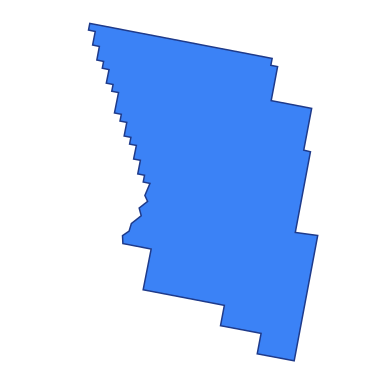 the district of Treasure, Montana, United States of America, rotated 11°
{"feature_id": "52423323B86233996711525", "entity_name": "Treasure", "entity_type": "district", "adm_level": 2, "iso_a3": "USA", "parent_name": "United States of America", "parent_adm1": "Montana", "projection": "orthographic", "projection_center": [-107.432, 46.176], "detail": "fine", "context": "isolated", "style": "filled", "palette": "blue", "viewbox_px": 384, "rotation_deg": 11, "n_neighbors": 0, "source": "geoboundaries", "source_scale": "gbopen_adm2", "svg_char_len": 778}
<svg xmlns="http://www.w3.org/2000/svg" viewBox="0 0 384 384"><g transform="rotate(11 192 192)"><path d="M59.5,46.0L59.5,52.8L66.4,52.9L66.4,66.7L73.3,66.8L73.4,80.6L80.3,80.7L80.3,87.6L87.2,87.7L87.1,101.5L94.0,101.5L94.0,108.4L100.9,108.4L100.8,129.2L107.8,129.2L107.8,136.1L114.7,136.1L114.7,150.0L121.6,150.0L121.6,156.9L128.5,156.9L128.4,170.8L135.3,170.7L135.3,184.6L142.2,184.6L142.2,191.5L149.1,191.6L146.4,204.4L150.2,209.7L143.2,217.8L146.7,225.0L138.5,234.5L137.7,242.4L132.1,248.1L134.0,255.8L162.8,255.8L162.7,297.3L245.4,297.1L245.5,317.8L286.8,317.6L286.9,338.4L324.5,338.2L324.5,333.8L323.7,210.7L301.1,212.0L300.6,129.9L293.7,129.6L293.5,87.1L252.3,87.2L252.1,52.6L245.2,52.6L245.2,45.6L59.5,46.0Z" fill="#3b82f6" stroke="#1e3a8a" stroke-width="1.5"/></g></svg>